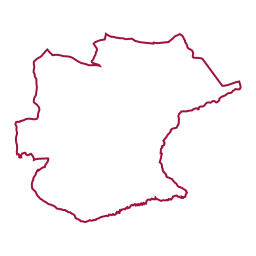 Poiana Sibiului, Alba, Romania (Equal Earth projection)
{"feature_id": "2599482B41231020029051", "entity_name": "Poiana Sibiului", "entity_type": "district", "adm_level": 2, "iso_a3": "ROU", "parent_name": "Romania", "parent_adm1": "Alba", "projection": "equal_earth", "projection_center": [23.723, 45.806], "detail": "fine", "context": "isolated", "style": "outline", "palette": "rose", "viewbox_px": 256, "rotation_deg": 0, "n_neighbors": 0, "source": "geoboundaries", "source_scale": "gbopen_adm2", "svg_char_len": 5787}
<svg xmlns="http://www.w3.org/2000/svg" viewBox="0 0 256 256"><path d="M145.6,203.7L146.2,203.6L146.3,203.2L146.0,202.9L146.1,202.1L146.4,201.8L146.7,200.7L147.5,199.9L148.8,199.5L150.2,200.0L151.5,198.8L151.9,199.3L152.7,198.9L153.4,199.0L154.2,199.4L155.3,199.3L155.5,197.6L156.3,198.7L160.6,200.7L161.4,200.8L163.1,200.2L165.7,200.4L166.8,199.9L167.4,200.3L167.9,200.2L168.2,200.0L167.8,199.7L168.9,199.0L169.4,199.5L170.7,199.1L170.6,199.5L171.1,199.6L172.7,197.6L172.9,196.6L176.4,195.5L176.9,195.6L177.3,196.3L177.8,196.7L178.5,196.6L179.6,196.9L180.6,197.7L182.6,197.9L182.1,196.7L183.6,197.2L185.3,196.8L185.6,194.9L186.8,192.9L186.9,192.5L186.3,191.9L186.2,190.8L186.0,190.6L181.7,187.7L180.7,187.5L179.9,187.0L179.0,187.0L177.5,185.8L176.4,183.6L175.4,183.1L172.7,180.3L172.4,179.3L168.7,177.6L166.8,177.1L166.4,176.2L166.4,175.3L166.1,175.2L165.7,174.0L165.2,173.7L164.5,172.6L163.6,172.1L163.6,171.6L163.2,171.3L162.7,170.3L162.6,168.6L162.0,167.7L162.0,165.8L161.7,165.2L161.8,164.7L161.5,164.0L160.2,162.6L159.7,162.4L160.7,158.9L161.8,153.6L160.6,153.4L160.9,150.4L160.9,149.2L161.2,148.6L162.3,147.5L162.3,147.1L161.9,146.3L163.8,145.3L164.5,143.8L164.2,143.2L164.5,142.7L164.4,142.3L164.1,141.7L163.4,140.9L164.8,138.8L166.2,137.4L167.9,134.5L169.2,133.4L169.9,132.4L170.4,132.0L170.7,131.5L170.6,130.3L171.1,130.1L171.5,129.2L172.9,128.5L176.0,127.9L176.6,127.6L177.7,125.4L178.2,125.2L178.3,124.2L178.8,123.5L178.7,121.2L179.0,118.9L178.5,116.9L178.5,115.4L179.0,114.1L180.8,112.2L181.2,111.6L182.2,111.3L186.4,111.4L187.9,110.9L192.3,110.3L192.9,109.5L193.4,109.2L194.2,109.0L195.1,108.5L195.9,108.4L197.4,108.4L197.6,108.6L197.8,109.2L198.0,109.4L198.4,109.3L198.7,109.1L198.6,108.3L199.1,107.2L200.5,106.5L202.6,106.5L203.9,105.9L205.1,104.7L205.9,103.4L207.2,102.6L208.8,102.4L210.4,102.7L211.3,102.3L212.5,101.2L213.8,101.0L214.5,101.1L216.1,102.4L216.8,102.4L218.8,100.9L219.3,100.0L219.4,98.8L220.9,97.3L222.4,96.5L225.3,95.4L227.7,93.4L231.1,92.8L231.7,92.4L232.9,90.8L234.0,90.4L234.7,89.5L235.4,89.1L238.6,89.4L239.1,89.4L240.2,88.6L240.6,86.4L239.2,81.5L235.9,82.2L227.6,85.1L223.9,85.8L222.2,85.7L202.5,58.9L201.5,58.4L198.2,57.9L194.1,57.8L192.8,57.1L192.9,54.6L193.2,53.0L192.3,50.8L191.4,50.0L188.3,48.4L188.0,48.0L187.3,46.9L187.2,45.6L186.1,43.4L185.2,42.2L185.0,40.6L183.7,38.4L183.4,37.4L182.3,35.8L179.9,34.1L177.5,35.3L176.1,35.7L174.7,36.5L173.1,38.3L169.2,41.4L168.7,42.0L157.5,43.2L153.6,42.6L153.3,43.2L153.3,43.6L140.9,42.3L137.0,41.4L134.8,40.8L134.1,40.1L132.2,38.8L129.6,38.8L126.1,39.2L124.9,39.0L123.9,38.5L122.8,38.3L119.5,38.2L117.5,37.7L116.7,37.8L113.7,36.9L111.4,36.9L108.4,35.5L105.9,33.9L105.8,35.1L104.7,39.5L100.2,40.2L98.8,40.7L95.6,42.0L94.3,42.9L93.6,43.9L96.4,47.8L96.9,48.8L96.9,50.0L96.8,50.7L96.0,52.1L95.4,55.0L94.7,56.0L93.1,59.6L91.8,61.2L91.7,61.8L92.0,62.4L93.1,63.1L98.2,64.7L99.5,65.4L99.8,65.9L97.8,65.3L96.5,65.1L89.0,65.3L85.6,64.0L81.4,63.1L77.7,61.2L73.0,58.1L71.3,57.3L69.1,56.6L63.1,56.1L61.6,55.6L57.4,54.8L55.6,54.8L53.3,55.2L52.2,55.0L51.5,54.0L49.7,52.4L47.3,49.5L45.2,51.6L44.5,52.7L42.8,54.4L42.0,55.6L40.2,57.0L37.1,58.7L33.9,61.6L33.8,64.0L34.3,67.2L33.7,70.2L33.6,72.2L34.4,73.4L34.9,76.5L36.4,79.2L36.4,83.0L36.9,87.4L36.0,94.6L35.6,95.7L34.8,96.9L34.2,98.4L33.8,100.3L33.8,101.9L33.9,102.3L34.7,103.1L36.9,104.6L38.6,106.8L39.2,108.0L39.4,110.0L38.0,113.9L38.0,116.3L37.7,117.5L37.1,118.6L35.4,119.2L33.8,119.3L30.7,118.8L27.4,118.7L25.8,119.1L23.6,120.4L22.5,120.4L21.8,120.9L20.4,121.0L19.8,121.8L16.3,121.9L15.5,123.6L15.4,124.3L16.5,126.4L16.6,127.3L16.4,129.3L17.0,133.0L17.0,134.0L16.0,137.5L15.9,139.3L16.1,141.8L17.0,145.3L17.1,148.5L16.8,151.6L16.9,153.1L17.1,154.4L18.6,154.2L19.2,155.8L19.3,156.7L19.2,157.1L19.4,157.4L19.9,157.6L21.3,157.4L21.0,155.5L21.1,154.8L21.6,154.5L22.3,153.4L23.3,153.4L24.1,152.8L24.8,152.7L25.5,153.0L25.8,154.1L26.2,154.5L27.6,155.2L29.3,154.7L30.6,153.9L31.2,153.9L31.8,155.0L32.4,155.5L33.2,156.8L34.1,159.3L34.0,159.9L35.0,159.4L38.0,158.8L47.8,158.4L48.2,158.5L48.3,158.7L48.1,160.4L47.6,161.8L45.2,165.3L44.8,167.1L43.3,167.3L41.4,168.3L38.8,170.4L38.4,169.8L38.1,169.7L37.6,170.2L37.1,170.9L37.1,171.4L36.4,172.2L35.4,175.0L34.0,177.0L33.2,178.6L33.3,180.0L32.9,180.4L32.0,182.9L31.8,185.9L32.1,186.9L32.2,188.5L35.8,192.1L36.3,193.2L36.7,194.4L37.4,195.7L38.8,197.0L39.9,198.4L40.6,199.0L41.9,199.6L43.9,201.2L45.8,202.1L48.6,204.2L51.2,204.7L52.2,205.4L53.6,205.7L55.8,207.3L56.5,208.3L57.2,208.7L59.1,208.8L60.2,209.4L60.9,209.1L63.1,210.1L65.1,210.0L65.4,210.2L65.8,210.8L66.9,211.1L67.4,211.4L67.7,211.8L68.8,212.3L70.3,212.4L71.6,213.6L73.0,214.0L74.7,215.5L75.2,216.6L75.2,217.6L75.6,218.1L76.5,218.3L76.8,218.7L79.9,220.1L80.4,221.0L81.0,221.3L82.5,221.3L85.3,222.1L88.5,220.9L89.7,220.2L90.1,220.2L90.7,220.6L91.5,220.8L92.7,220.3L93.5,220.4L94.0,219.8L95.7,220.0L96.3,219.1L98.7,218.3L100.8,217.1L106.7,215.7L107.9,216.1L108.7,215.6L109.1,214.6L110.3,214.6L111.4,215.1L112.7,214.7L112.9,214.1L113.2,214.1L114.2,214.9L114.7,214.9L115.8,213.9L116.6,213.6L116.5,212.5L116.8,211.9L117.8,212.3L118.0,212.0L118.3,211.9L119.0,212.5L119.1,213.0L119.4,213.0L119.4,212.4L119.9,211.7L119.6,211.2L120.5,210.7L120.0,210.4L120.0,210.1L121.2,210.1L121.4,209.7L122.9,209.3L124.2,209.1L125.1,209.3L125.6,208.8L125.7,208.3L126.7,207.8L127.3,207.0L127.7,207.3L127.6,207.7L127.7,208.2L129.6,207.6L130.7,205.7L132.1,204.8L132.5,205.3L133.4,205.2L134.8,204.1L135.8,205.5L136.1,205.3L136.1,204.8L136.4,204.6L136.8,204.8L136.5,205.1L136.7,205.3L137.6,205.3L138.1,205.2L138.2,204.8L137.8,204.7L137.6,204.3L138.4,204.1L139.3,204.3L139.1,205.2L139.3,205.3L140.5,204.6L140.4,204.2L141.1,203.3L142.0,203.5L141.5,204.0L141.3,204.4L142.2,204.9L142.5,204.8L142.6,204.3L143.3,203.0L144.2,203.9L144.5,203.3L145.6,203.7Z" fill="none" stroke="#9f1239" stroke-width="2"/></svg>